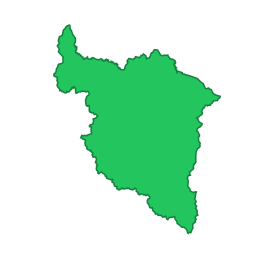 outline of Sadao, Songkhla, Thailand, rotated 17°
{"feature_id": "78962969B3904218037840", "entity_name": "Sadao", "entity_type": "district", "adm_level": 2, "iso_a3": "THA", "parent_name": "Thailand", "parent_adm1": "Songkhla", "projection": "orthographic", "projection_center": [100.374, 6.658], "detail": "fine", "context": "isolated", "style": "filled", "palette": "green", "viewbox_px": 256, "rotation_deg": 17, "n_neighbors": 0, "source": "geoboundaries", "source_scale": "gbopen_adm2", "svg_char_len": 5747}
<svg xmlns="http://www.w3.org/2000/svg" viewBox="0 0 256 256"><g transform="rotate(17 128 128)"><path d="M151.5,49.2L147.8,49.5L146.9,48.5L146.1,48.2L144.7,46.6L143.0,47.5L141.4,47.7L139.5,49.0L138.8,48.9L137.6,48.4L133.5,44.8L130.8,45.2L130.0,45.9L129.6,48.5L128.6,49.1L128.2,49.9L128.1,51.0L128.4,52.1L127.9,54.1L127.5,54.9L126.6,55.2L126.1,56.0L125.5,56.4L125.2,56.2L124.1,53.8L121.0,52.7L120.6,54.3L119.3,54.8L118.7,57.3L114.3,57.6L114.2,59.4L113.6,59.7L113.1,60.9L108.6,61.2L107.7,63.3L107.6,64.3L107.8,64.9L108.6,65.0L108.6,66.6L107.5,68.6L107.3,70.7L107.6,72.6L106.7,73.7L104.0,74.4L103.3,73.5L102.0,73.9L101.5,73.4L102.1,73.0L100.2,72.6L99.7,71.5L99.2,71.5L99.6,70.6L98.7,70.5L98.5,69.6L97.8,69.7L96.6,70.7L96.5,70.2L95.3,70.2L94.5,69.4L93.7,69.9L93.3,69.7L93.2,69.1L92.6,69.1L93.0,69.7L92.2,70.3L90.5,70.5L89.6,70.0L89.8,69.6L89.4,69.1L88.6,69.2L88.4,68.9L88.7,68.7L87.3,68.5L86.3,69.6L86.9,69.9L86.8,70.4L85.9,70.3L85.1,71.0L83.9,70.2L83.6,70.8L82.8,69.9L81.8,69.6L80.0,71.6L78.8,71.4L77.1,71.6L73.9,70.9L72.9,71.6L73.0,72.6L72.2,72.5L71.4,73.4L70.0,73.6L69.2,73.2L68.5,71.9L67.2,73.9L66.1,74.0L66.0,75.1L64.3,74.5L64.1,73.4L62.7,73.3L62.4,72.7L61.7,72.8L61.3,72.0L60.5,72.0L59.4,71.3L59.1,72.1L57.2,70.9L56.3,71.4L55.8,71.0L55.7,69.3L55.3,69.1L56.0,68.2L55.3,67.7L55.7,66.5L54.4,66.1L55.1,65.4L53.8,64.9L53.0,65.1L52.1,63.6L52.1,62.3L52.5,62.0L52.3,60.1L51.4,57.5L47.5,54.5L45.2,51.1L44.0,50.6L42.2,46.7L41.3,47.0L39.3,49.0L38.5,51.9L37.6,53.1L38.0,58.7L35.8,60.7L35.7,63.8L36.0,65.4L37.7,67.1L36.6,69.1L36.5,70.3L39.2,72.5L39.2,75.5L45.2,79.0L45.3,80.4L46.6,83.6L46.4,84.8L45.5,85.9L43.2,87.1L42.8,87.8L42.8,90.6L42.2,92.6L42.7,94.4L42.6,96.0L42.2,97.0L41.5,97.5L41.7,99.5L42.9,100.3L44.6,100.0L45.8,100.5L45.8,101.9L46.4,102.7L46.2,103.5L47.7,105.1L47.6,107.7L48.7,109.2L51.2,110.8L52.0,112.3L53.3,111.6L54.3,112.5L55.0,112.1L56.1,112.7L57.4,112.8L58.7,112.3L58.8,111.0L60.0,111.3L61.3,110.2L61.8,108.2L62.3,107.6L62.8,107.6L62.9,106.5L62.5,105.7L63.5,105.2L64.3,105.7L64.6,104.3L66.6,106.1L66.5,107.0L67.0,107.3L67.6,109.7L68.2,109.8L68.8,109.7L70.2,107.9L72.2,107.3L72.7,106.3L74.7,106.1L76.5,105.4L77.2,105.9L78.9,104.6L80.5,105.9L81.1,107.2L79.5,109.7L79.2,111.4L79.6,112.2L79.1,113.4L81.1,118.2L82.5,119.1L83.1,119.0L83.9,118.0L84.7,118.4L85.5,121.8L86.2,122.6L86.0,123.1L87.3,124.0L88.3,123.8L89.0,124.2L90.4,123.5L91.7,125.0L92.9,124.4L94.5,124.5L95.5,125.3L95.0,125.7L94.9,127.1L93.9,128.3L92.0,129.5L93.2,131.7L93.0,134.8L91.0,135.8L90.5,137.2L90.7,138.0L92.7,137.6L93.1,140.2L93.9,141.3L93.6,142.0L94.6,143.0L94.8,144.0L90.7,147.1L90.7,147.5L88.4,147.8L87.7,148.6L86.0,148.5L85.7,151.1L86.5,150.9L87.4,151.6L88.8,152.0L90.3,151.7L90.9,152.3L91.1,154.4L92.3,157.1L94.5,158.4L94.5,159.7L95.9,160.4L97.9,160.5L98.6,160.1L99.4,160.7L99.1,161.3L101.6,162.1L101.9,162.9L101.4,164.0L103.3,166.2L104.6,165.4L106.0,165.5L107.1,167.7L106.9,170.4L107.8,170.4L108.2,171.6L109.8,172.4L109.0,173.8L109.4,174.4L109.6,176.3L110.4,177.6L111.3,177.7L111.7,178.1L112.5,180.0L113.6,180.3L114.7,178.5L115.5,177.7L117.1,178.7L119.4,179.2L120.4,180.7L121.4,180.4L122.1,182.2L126.1,182.6L128.2,181.6L128.7,182.5L128.1,183.5L128.6,184.4L130.9,184.9L131.1,186.0L132.2,187.5L134.4,187.3L134.4,188.1L135.0,189.2L137.5,189.9L138.4,189.2L138.4,188.8L139.1,188.5L139.7,187.5L140.7,187.1L140.9,187.6L141.6,187.6L143.8,186.6L144.6,185.6L145.6,186.0L146.2,185.4L146.9,185.4L147.6,186.0L150.8,185.7L150.9,184.9L151.7,184.7L152.1,183.5L153.5,183.8L154.6,186.4L156.7,186.6L157.0,187.2L156.8,188.0L158.2,188.5L158.9,188.4L159.3,187.5L161.0,187.0L162.5,187.4L162.9,186.8L164.4,187.4L165.3,187.2L166.2,186.0L169.0,187.5L169.2,189.1L167.7,190.3L167.8,192.2L168.3,193.6L170.9,195.8L171.9,197.6L173.3,197.9L174.4,197.0L174.7,197.2L175.6,199.4L177.1,200.4L177.9,200.3L179.4,202.3L181.6,201.6L182.2,202.7L184.6,202.2L185.1,201.8L187.3,203.1L187.9,202.6L188.5,202.6L189.8,201.3L191.6,203.7L192.3,204.1L192.9,203.9L193.3,202.3L194.2,201.2L197.0,200.2L197.8,199.2L198.5,199.1L199.8,201.5L202.1,203.0L203.0,205.0L205.2,205.6L208.4,207.1L210.4,206.5L212.3,207.2L214.5,208.6L215.5,210.6L216.4,211.2L217.1,209.8L218.6,209.8L218.9,208.4L218.7,207.7L219.4,205.1L218.2,201.7L218.4,200.2L220.0,198.2L219.3,197.4L219.9,195.3L218.4,194.2L218.3,193.7L219.0,192.0L220.3,190.8L218.8,189.5L218.6,187.2L217.0,185.5L216.1,185.2L216.5,182.6L214.1,181.3L214.7,178.5L212.3,176.0L212.6,174.7L212.1,173.0L212.3,172.4L211.9,171.9L212.1,169.2L211.4,169.1L209.2,170.6L206.0,170.1L204.9,168.1L202.3,166.5L201.2,161.5L200.1,159.5L199.3,158.7L199.6,155.7L201.4,155.0L200.6,154.3L200.3,153.1L199.7,152.3L202.6,147.8L201.4,144.5L202.1,143.6L202.0,142.6L202.8,141.7L202.8,140.1L201.9,138.8L202.0,137.5L201.5,137.0L200.1,130.8L200.5,127.5L201.7,126.0L202.3,124.6L201.7,123.3L201.4,121.2L199.6,120.2L198.8,118.4L198.1,116.0L198.7,114.9L198.5,113.8L197.1,112.7L196.4,111.4L194.8,110.9L194.6,110.4L194.6,108.5L195.2,107.1L196.7,105.8L196.7,105.0L197.6,104.2L197.8,102.3L194.5,101.4L192.8,100.1L192.5,99.1L190.8,98.4L192.3,96.9L192.9,95.6L194.8,93.4L194.6,91.4L193.5,90.5L194.1,87.0L195.1,86.4L195.1,83.8L196.2,83.4L197.5,83.6L197.7,82.9L199.9,82.3L199.9,81.6L201.2,79.6L201.1,78.8L201.8,78.1L201.9,77.0L205.5,75.6L205.8,73.8L207.0,72.4L206.9,70.7L203.8,70.9L200.4,70.5L199.0,69.7L196.2,66.9L195.0,67.0L193.3,66.2L191.4,67.6L190.1,67.3L187.1,63.7L183.7,62.5L179.8,60.4L169.6,60.0L168.0,60.3L165.7,60.0L163.8,60.4L163.7,59.2L158.8,59.1L158.7,60.5L157.7,59.0L157.6,58.3L157.0,57.9L156.5,58.2L156.2,57.9L156.3,57.2L155.8,56.8L156.5,56.3L155.4,56.0L155.5,55.6L155.1,55.6L155.0,55.0L154.4,54.4L153.7,54.4L153.3,53.8L153.2,52.9L154.0,52.6L154.0,52.3L154.3,52.5L154.5,51.8L154.3,51.2L153.6,50.7L153.8,50.7L153.4,50.0L152.6,50.1L152.5,49.6L151.5,49.2Z" fill="#22c55e" stroke="#15803d" stroke-width="1.5"/></g></svg>